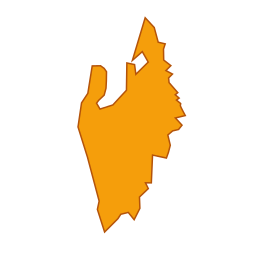 outline of Vlorë, Vlorë, Albania, rotated 45°
{"feature_id": "67620474B72762453157270", "entity_name": "Vlorë", "entity_type": "district", "adm_level": 2, "iso_a3": "ALB", "parent_name": "Albania", "parent_adm1": "Vlorë", "projection": "equal_earth", "projection_center": [19.584, 40.349], "detail": "fine", "context": "isolated", "style": "filled", "palette": "amber", "viewbox_px": 256, "rotation_deg": 45, "n_neighbors": 0, "source": "geoboundaries", "source_scale": "gbopen_adm2", "svg_char_len": 904}
<svg xmlns="http://www.w3.org/2000/svg" viewBox="0 0 256 256"><g transform="rotate(45 128 128)"><path d="M62.2,37.9L83.3,77.1L84.1,63.9L95.7,67.1L95.6,84.5L87.8,78.5L81.2,82.8L100.2,102.4L101.0,122.4L94.8,134.4L88.2,132.7L87.7,129.2L87.9,121.6L84.3,115.4L79.5,110.1L73.0,103.4L69.0,102.7L64.6,103.4L58.8,109.4L75.1,131.9L77.4,143.1L91.9,162.6L120.0,177.3L159.3,200.1L163.9,207.2L185.0,218.1L185.0,199.3L183.9,194.1L187.9,187.5L197.2,188.5L193.2,176.4L184.9,168.7L185.2,156.5L179.1,154.4L183.3,150.3L164.5,129.8L176.4,122.1L173.8,116.6L170.1,110.3L161.1,104.8L161.6,98.5L164.8,93.3L164.2,87.8L154.4,87.4L159.7,78.7L155.1,77.3L151.1,76.0L149.2,75.2L148.0,73.5L147.5,73.5L144.5,73.8L142.5,74.0L143.0,70.7L137.9,71.1L138.2,67.8L125.0,66.9L121.3,63.9L121.3,58.4L114.2,60.6L114.2,53.6L105.2,54.7L97.3,47.1L94.8,42.2L88.7,46.0L75.5,38.4L62.2,37.9Z" fill="#f59e0b" stroke="#b45309" stroke-width="1.5"/></g></svg>